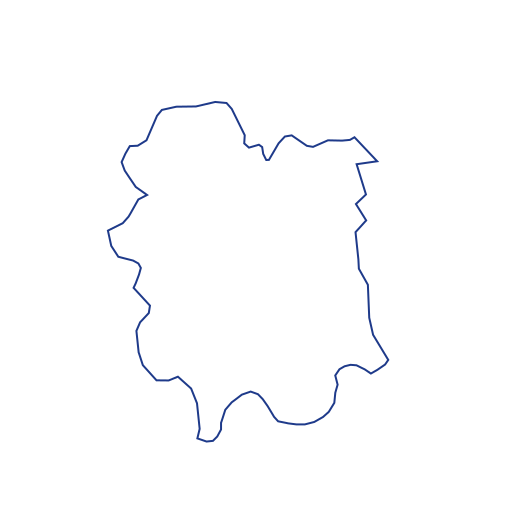 the district of Spitak, Lori, Armenia, rotated 61°
{"feature_id": "60910142B40000384571079", "entity_name": "Spitak", "entity_type": "district", "adm_level": 2, "iso_a3": "ARM", "parent_name": "Armenia", "parent_adm1": "Lori", "projection": "albers", "projection_center": [44.201, 40.853], "detail": "fine", "context": "isolated", "style": "outline", "palette": "blue", "viewbox_px": 512, "rotation_deg": 61, "n_neighbors": 0, "source": "geoboundaries", "source_scale": "gbopen_adm2", "svg_char_len": 1551}
<svg xmlns="http://www.w3.org/2000/svg" viewBox="0 0 512 512"><g transform="rotate(61 256 256)"><path d="M411.0,190.7L381.7,191.8L364.9,186.9L335.4,172.1L317.0,172.2L308.6,168.1L283.4,157.4L278.3,142.4L259.0,143.4L255.5,130.0L224.5,123.5L231.9,104.1L199.9,112.3L200.0,117.5L199.1,119.6L196.8,124.8L189.7,137.0L188.2,153.2L184.3,158.1L167.8,166.3L165.5,172.8L168.4,181.6L178.2,198.1L177.0,200.5L170.2,200.2L163.7,197.8L160.1,199.5L157.8,209.6L151.8,211.7L144.9,207.3L115.6,205.9L107.9,207.6L101.5,217.0L96.1,236.0L86.8,253.3L82.6,267.5L85.4,274.6L87.8,277.7L101.7,295.7L102.2,306.0L98.7,313.1L103.1,320.5L108.7,328.0L113.1,328.7L117.7,329.4L126.1,328.7L137.3,327.7L149.8,321.7L149.5,331.5L158.0,345.3L159.8,348.4L162.7,356.6L162.0,373.2L177.0,377.7L189.9,376.8L194.2,372.3L200.4,365.7L205.5,362.5L210.6,362.5L215.5,367.3L221.6,374.5L224.5,378.5L248.0,372.8L253.9,377.4L257.8,389.5L263.5,396.9L283.5,405.4L284.3,405.5L296.6,407.9L316.5,403.3L322.3,393.1L322.5,392.8L323.7,382.8L340.5,377.0L356.2,379.0L379.9,389.1L387.1,395.7L394.3,389.2L396.8,383.3L395.1,377.4L390.8,370.7L384.9,367.4L384.4,366.8L381.8,364.0L375.6,357.4L372.2,348.2L371.7,344.4L370.4,335.6L372.0,326.4L377.8,321.3L384.5,319.5L392.9,318.6L403.9,318.2L405.3,318.2L411.3,316.8L416.9,310.2L417.9,309.1L422.8,302.4L427.0,294.8L429.4,285.5L429.3,275.4L427.6,267.9L422.4,258.7L414.0,252.9L408.1,247.0L398.9,244.6L395.5,237.9L395.4,232.0L397.0,226.1L400.3,221.1L405.4,217.6L407.8,215.9L414.5,212.5L414.4,205.0L413.5,195.7L411.0,190.7Z" fill="none" stroke="#1e3a8a" stroke-width="2"/></g></svg>